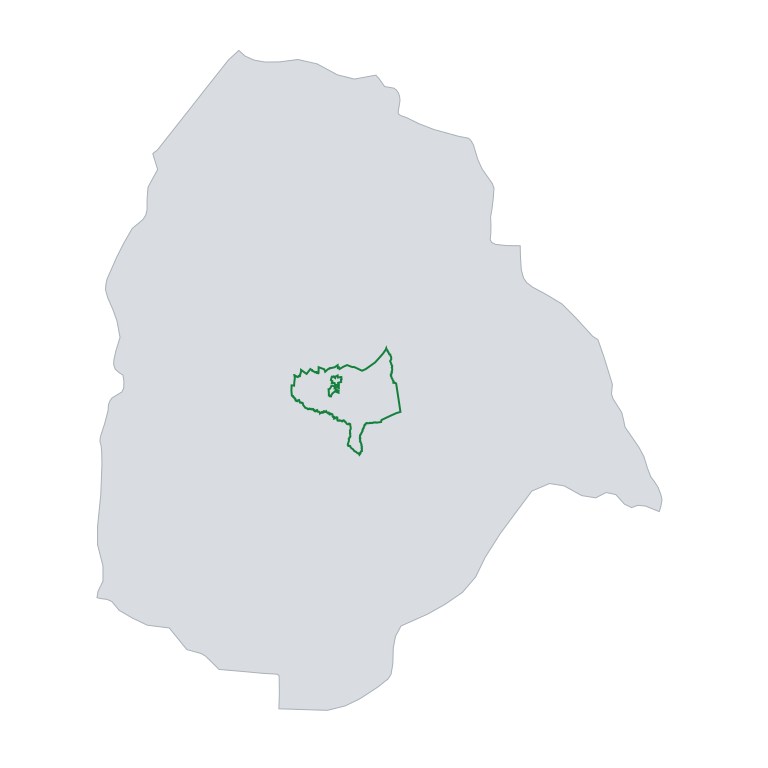 location of Kwekwe, Midlands, Zimbabwe, rotated 182°
{"feature_id": "62879985B25079588336993", "entity_name": "Kwekwe", "entity_type": "district", "adm_level": 2, "iso_a3": "ZWE", "parent_name": "Zimbabwe", "parent_adm1": "Midlands", "projection": "equal_earth", "projection_center": [29.733, -18.821], "detail": "fine", "context": "in_parent", "style": "outline", "palette": "green", "viewbox_px": 768, "rotation_deg": 182, "n_neighbors": 0, "source": "geoboundaries", "source_scale": "gbopen_adm2", "svg_char_len": 8086}
<svg xmlns="http://www.w3.org/2000/svg" viewBox="0 0 768 768"><g transform="rotate(182 384 384)"><path d="M540.7,712.3L534.2,706.8L525.3,703.2L514.1,701.6L499.4,702.3L481.4,705.3L462.1,701.6L441.5,691.4L424.3,687.7L403.8,692.2L402.9,692.3L399.4,688.8L393.8,681.3L384.4,680.0L381.9,678.2L379.8,675.4L378.4,671.8L377.9,667.9L379.4,655.5L378.6,654.1L376.1,652.6L370.9,651.1L358.6,645.5L343.1,640.1L317.9,634.1L308.2,632.6L305.9,630.7L303.0,626.2L298.2,611.9L293.6,602.5L282.7,588.0L280.9,583.5L281.4,572.0L282.2,562.7L283.3,554.7L282.7,547.3L282.5,538.1L282.9,532.0L281.4,529.3L277.4,527.4L266.2,526.6L252.7,526.9L252.2,517.6L250.8,503.1L248.2,494.7L245.1,490.4L238.8,485.9L226.1,479.7L208.9,470.2L194.1,456.3L177.1,438.9L171.8,435.9L165.4,419.5L155.7,391.5L156.3,382.2L154.8,377.6L145.5,363.9L143.4,356.7L141.7,349.5L126.8,329.3L121.7,320.5L117.8,309.2L113.9,300.1L110.7,296.4L106.5,290.3L103.5,283.2L102.1,278.0L103.1,271.0L104.5,266.1L118.6,271.2L126.2,271.6L132.2,269.1L139.6,272.4L148.5,281.6L158.2,283.3L168.5,277.6L182.6,279.4L200.4,288.5L215.1,290.3L232.5,282.2L248.0,259.8L262.6,238.6L276.9,214.2L285.6,194.5L298.3,178.5L315.1,166.1L332.3,155.6L358.5,142.8L363.7,132.3L365.5,120.7L365.4,104.7L366.8,94.3L369.5,89.5L373.9,85.8L379.5,81.0L396.8,68.8L411.4,61.0L429.1,55.9L448.4,55.8L467.1,55.8L477.7,55.7L477.8,71.2L478.6,88.6L480.7,90.3L494.7,90.6L517.2,91.9L538.9,93.0L552.7,105.7L557.4,108.3L571.8,111.7L590.1,132.7L612.2,134.7L627.3,141.3L640.7,148.5L648.4,157.1L653.3,159.1L660.1,159.7L663.4,160.5L662.6,166.7L658.0,177.2L658.5,192.3L664.6,213.2L665.3,231.4L663.2,263.4L663.1,294.3L663.7,305.4L664.6,312.7L665.9,316.7L665.6,321.3L661.9,334.2L658.8,347.9L658.7,353.4L657.5,357.2L655.3,360.6L645.7,366.9L644.0,370.8L644.0,377.8L645.2,383.8L648.8,385.9L653.1,389.3L654.8,393.7L654.8,398.4L653.3,407.0L649.4,421.3L653.1,437.8L657.3,448.4L663.2,460.8L665.6,468.4L665.4,473.8L664.5,479.1L655.5,501.6L649.0,515.6L641.1,530.6L630.7,539.9L628.0,544.4L626.9,549.6L627.2,560.8L626.7,572.5L617.7,590.5L623.1,606.0L621.9,607.4L618.9,609.6L606.1,627.0L593.2,644.6L583.8,657.4L573.1,672.1L561.1,688.4L550.8,702.4L540.7,712.3Z" fill="#d9dde1" stroke="#a8b0b8" stroke-width="1"/><path d="M383.0,419.8L383.5,418.4L385.8,414.7L389.8,409.8L393.6,405.3L402.7,398.3L406.4,396.5L414.3,399.9L416.2,399.8L421.6,401.6L425.1,399.9L429.0,397.4L429.6,399.0L430.7,398.5L431.0,401.2L433.9,399.0L437.1,398.2L438.6,398.0L438.5,397.7L440.7,396.7L443.2,394.2L444.2,396.6L449.9,398.5L449.8,392.7L450.0,392.4L450.8,392.6L450.8,393.0L450.9,393.3L451.4,393.5L451.8,393.4L451.9,393.7L452.1,393.7L452.2,393.1L452.8,393.5L453.4,393.3L453.5,393.4L454.7,394.1L455.0,394.2L455.2,394.4L456.1,394.6L456.1,395.1L456.3,395.5L456.9,395.5L458.1,396.4L461.7,391.4L467.4,395.2L467.4,394.6L467.3,393.9L467.5,393.2L467.5,392.4L468.2,390.5L468.1,390.0L468.3,389.7L468.3,389.0L469.4,389.1L469.7,388.3L470.7,388.3L470.8,388.0L471.2,388.1L471.7,388.6L471.9,388.7L473.1,389.0L473.7,389.8L473.9,389.8L473.3,387.0L473.7,382.6L473.8,379.2L475.2,379.4L476.3,379.4L476.3,374.0L475.7,369.2L475.2,368.8L474.4,368.8L474.3,368.6L474.2,367.8L473.8,367.8L473.4,367.1L473.1,367.1L472.4,366.5L472.0,365.9L472.3,365.7L471.9,365.1L471.8,364.5L471.6,364.2L471.2,364.2L470.6,363.8L470.1,363.7L469.7,364.2L469.6,364.6L468.9,364.9L468.5,365.0L468.5,364.7L468.1,364.4L468.0,364.1L467.7,363.6L467.5,362.7L467.4,362.6L467.1,362.9L466.8,362.6L466.5,362.6L466.0,362.2L465.7,362.5L465.3,362.3L465.0,362.4L464.7,362.3L464.2,361.1L464.1,360.4L464.0,360.1L463.6,359.5L462.3,358.2L462.2,357.9L461.8,357.4L461.3,357.4L460.3,356.9L459.6,356.9L459.3,356.3L458.8,356.5L458.2,356.2L457.4,356.8L456.9,356.4L456.3,356.6L456.1,356.2L455.9,356.1L455.6,356.3L455.4,356.2L453.9,356.6L453.6,356.2L453.7,355.7L453.5,355.3L453.1,355.1L452.6,355.3L452.4,355.0L452.3,354.4L451.5,354.2L451.1,354.4L450.9,354.7L450.7,355.3L450.0,355.7L449.8,355.5L449.7,354.8L449.3,354.0L449.0,353.9L448.2,354.1L447.9,353.9L447.3,353.4L447.0,352.5L446.8,352.8L446.4,352.8L445.3,353.7L444.9,353.2L444.3,353.8L444.1,353.8L443.8,353.3L443.7,353.3L443.3,353.9L443.3,354.6L443.1,354.8L442.5,354.7L442.4,354.6L442.3,354.1L442.1,353.9L441.7,354.0L440.9,354.7L440.7,354.0L440.4,353.9L440.3,354.0L439.9,353.4L439.3,353.2L438.9,352.8L438.6,353.0L438.4,353.5L438.2,353.5L438.1,353.2L438.1,352.8L437.8,352.2L437.2,351.6L436.7,351.8L436.6,352.5L436.3,352.7L436.1,352.6L435.8,352.3L435.2,351.9L434.6,352.0L434.4,351.7L434.2,350.6L434.3,350.0L434.2,349.7L433.7,349.2L433.3,349.5L432.8,349.5L432.8,349.1L432.5,348.7L432.4,348.5L432.6,347.7L431.5,348.0L431.1,348.4L430.6,349.1L430.1,349.1L429.5,348.9L429.4,347.6L429.5,346.6L429.1,345.8L428.4,345.7L427.5,346.2L426.9,345.7L426.7,345.7L426.3,346.0L425.2,345.7L424.7,345.2L424.4,345.1L424.2,345.2L423.6,346.2L423.2,346.3L422.9,346.0L422.6,346.1L422.3,345.9L421.5,344.7L421.0,344.6L420.6,343.9L419.5,342.7L418.9,342.5L418.3,342.5L417.9,342.7L417.6,343.2L416.6,342.9L416.3,342.6L416.4,341.8L415.9,340.2L415.7,338.4L415.7,337.8L416.2,337.0L416.4,336.3L416.2,335.0L416.3,333.8L415.9,333.3L416.2,332.7L415.7,330.5L416.1,329.7L416.7,329.5L416.8,328.4L417.0,327.9L417.3,327.8L417.3,327.6L417.1,327.1L417.1,325.9L417.9,323.2L418.1,322.2L417.9,321.2L417.6,320.9L417.3,320.8L416.7,321.1L416.3,320.9L415.9,321.0L415.5,320.6L415.2,319.6L414.8,319.1L412.4,317.4L411.4,316.0L411.1,316.0L410.4,315.4L409.9,315.4L409.6,315.3L408.2,314.0L407.2,313.9L406.9,313.4L406.1,312.4L405.8,313.0L405.4,313.4L405.5,313.8L405.2,314.0L405.4,314.6L405.3,314.8L405.1,314.9L404.9,315.2L404.5,315.5L404.4,316.1L403.7,316.3L403.9,317.2L403.8,317.9L403.7,318.4L404.2,319.1L404.0,319.8L404.1,320.2L403.8,320.5L404.4,321.6L404.5,321.9L404.3,322.6L404.5,322.8L404.8,323.9L405.3,324.8L405.5,325.0L405.5,325.3L405.9,325.6L405.6,326.2L406.1,327.2L405.9,327.9L406.2,328.4L406.2,328.6L405.8,328.9L405.7,329.1L406.1,329.6L406.3,329.6L406.3,329.8L406.1,331.2L406.2,331.7L405.8,332.2L405.8,332.6L405.5,332.7L405.3,332.9L405.0,333.6L405.0,334.2L404.6,334.6L404.3,335.3L404.0,335.7L404.1,336.1L403.8,336.3L403.7,337.5L403.8,337.7L403.7,338.2L403.4,338.5L403.2,338.4L403.1,338.6L402.9,338.8L402.8,339.0L402.9,339.9L402.3,340.7L402.2,341.1L402.2,342.1L402.0,342.4L401.8,342.4L401.6,342.3L401.3,342.5L401.3,342.9L401.2,343.4L400.8,343.8L400.6,343.8L400.3,344.3L399.7,344.5L399.0,344.1L398.1,344.2L397.7,344.3L397.0,344.7L396.6,344.5L396.4,344.6L396.1,344.5L395.8,344.6L395.4,344.5L394.7,344.8L394.3,344.6L393.2,345.2L392.7,345.0L392.0,345.3L391.2,345.2L390.9,345.4L390.1,345.1L385.6,345.9L385.3,347.9L376.4,352.5L370.7,355.3L366.6,356.7L369.4,371.9L369.6,372.3L369.6,372.9L371.8,384.5L371.9,384.9L372.7,385.5L373.4,385.7L373.8,385.4L374.2,385.6L374.7,385.6L374.7,385.9L374.5,386.6L374.5,387.2L375.0,387.4L375.3,387.8L375.7,389.3L376.4,389.9L376.6,390.8L377.1,391.9L377.0,392.3L377.1,392.5L377.4,392.5L377.4,393.3L377.6,393.5L377.5,393.8L377.1,394.0L377.1,394.5L376.7,395.0L376.5,395.8L376.9,396.2L376.7,396.8L376.4,397.3L376.3,399.0L376.4,399.3L376.4,399.7L376.8,400.7L376.4,401.3L376.6,401.6L376.7,402.3L376.5,402.6L377.4,403.8L377.5,404.9L377.9,405.4L378.7,407.1L377.7,408.7L377.6,409.6L377.8,410.2L377.8,411.3L377.9,411.7L378.4,412.2L378.8,413.0L378.8,413.7L379.8,413.9L380.2,414.6L380.5,415.7L380.8,416.1L381.4,416.4L381.6,416.6L381.5,417.3L381.6,417.6L382.5,418.5L382.8,419.2L383.0,419.8ZM430.7,379.0L429.9,381.4L432.8,381.5L433.5,383.3L436.2,383.0L436.1,383.7L435.6,385.0L437.2,386.0L436.4,389.5L435.3,389.6L434.4,389.2L434.2,389.7L433.5,389.2L433.4,388.9L433.5,388.6L433.0,388.3L432.8,389.7L430.6,390.9L430.3,388.9L426.9,389.5L426.6,387.1L427.2,386.9L426.9,384.5L429.9,383.6L429.9,383.1L429.2,382.3L429.2,381.8L429.0,381.4L429.2,379.6L429.0,378.4L430.7,379.0ZM436.5,369.8L437.7,369.8L437.8,370.3L438.1,370.6L438.7,370.7L438.8,373.1L439.2,376.8L438.9,376.8L437.7,377.6L436.6,380.1L435.6,380.5L432.9,379.6L433.1,378.4L432.5,378.7L432.5,378.0L432.2,377.8L432.2,377.2L432.2,376.8L429.5,376.0L429.3,375.8L430.3,375.3L430.5,374.9L429.6,374.8L429.5,374.2L429.1,374.1L429.1,373.7L432.8,374.9L435.5,372.5L435.7,371.8L435.9,371.4L436.2,371.2L436.5,370.8L436.5,369.8Z" fill="none" stroke="#15803d" stroke-width="2"/></g></svg>